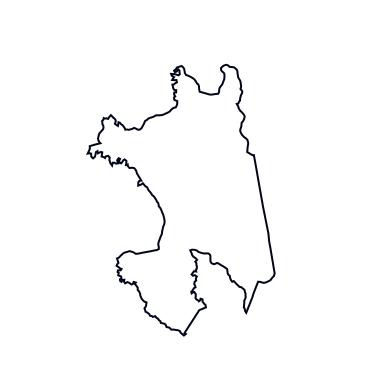 Toledo, Paraná, Brazil, rotated 32°
{"feature_id": "56859067B98926279804018", "entity_name": "Toledo", "entity_type": "district", "adm_level": 2, "iso_a3": "BRA", "parent_name": "Brazil", "parent_adm1": "Paraná", "projection": "robinson", "projection_center": [-53.821, -24.698], "detail": "fine", "context": "isolated", "style": "outline", "palette": "ink", "viewbox_px": 384, "rotation_deg": 32, "n_neighbors": 0, "source": "geoboundaries", "source_scale": "gbopen_adm2", "svg_char_len": 5724}
<svg xmlns="http://www.w3.org/2000/svg" viewBox="0 0 384 384"><g transform="rotate(32 192 192)"><path d="M224.9,127.9L223.8,128.7L217.7,128.9L216.6,126.8L215.5,124.7L214.9,123.2L213.7,120.6L211.3,118.4L209.1,117.9L207.1,117.8L204.0,117.0L202.2,116.0L200.6,114.8L199.9,113.5L199.0,110.1L198.2,108.5L197.4,106.9L197.8,105.0L197.6,102.6L196.7,100.1L195.4,99.1L194.1,98.6L191.9,97.9L190.2,97.7L188.9,97.1L187.3,96.3L185.8,94.9L183.3,93.6L184.4,92.3L184.0,90.7L184.3,89.0L183.4,87.6L182.8,85.7L182.2,84.1L182.2,82.3L181.6,80.4L180.5,79.6L178.5,78.9L177.8,76.5L176.9,75.4L176.0,74.3L174.6,72.7L173.2,71.7L171.9,71.2L170.3,70.2L169.2,68.8L168.0,67.7L167.0,66.1L165.5,64.7L163.4,64.2L161.8,64.0L159.7,64.8L157.5,66.0L155.8,65.5L153.8,65.9L152.6,67.1L151.5,69.0L150.9,71.6L152.5,73.5L154.1,73.9L155.6,74.0L157.1,74.9L158.3,76.8L159.6,79.3L160.1,82.2L160.6,84.4L160.4,86.9L160.2,88.9L160.8,90.8L162.1,93.1L162.1,94.9L159.7,96.7L157.1,99.0L155.6,99.9L150.1,101.5L145.3,102.9L143.0,100.3L141.9,98.6L140.1,97.4L138.7,97.3L136.8,96.2L134.8,95.4L133.3,95.1L131.7,95.0L127.6,95.3L125.0,95.9L122.9,94.9L121.7,93.4L119.9,91.6L118.4,91.0L116.5,90.6L115.1,92.2L113.2,94.5L113.3,96.4L112.5,98.6L114.0,99.4L115.2,97.9L115.4,95.3L116.9,95.6L118.0,97.2L119.3,98.6L118.7,100.2L117.5,100.5L115.2,101.1L111.7,102.9L113.2,104.1L114.5,104.1L115.9,104.0L115.8,105.7L115.8,107.5L117.8,106.5L119.5,105.3L121.1,107.0L120.2,108.6L119.6,110.4L118.5,111.3L119.8,112.6L121.3,114.1L123.1,114.9L124.6,114.0L125.8,115.9L124.3,117.0L124.9,118.6L127.1,119.8L126.6,121.3L128.1,123.2L131.4,122.8L132.2,124.1L133.1,125.9L133.4,128.7L131.7,130.6L130.7,133.3L130.6,135.1L129.8,136.9L128.9,138.2L127.4,140.6L125.8,142.7L123.6,144.3L120.6,146.3L119.9,147.9L118.6,149.7L117.4,151.0L116.1,152.8L115.6,154.6L114.6,156.7L115.1,159.8L115.4,164.4L114.7,166.7L113.3,167.8L110.7,168.0L108.9,168.3L108.0,170.1L106.6,171.5L105.6,172.7L104.0,173.3L102.4,174.5L101.1,173.5L99.0,172.6L97.7,172.1L96.3,172.2L94.1,171.5L92.7,171.8L93.4,173.3L94.2,175.2L92.0,175.2L90.5,175.0L90.0,172.9L89.3,171.6L87.6,170.8L86.2,170.8L84.3,170.2L82.5,169.8L82.1,172.0L82.1,174.5L80.5,174.8L79.4,175.8L78.0,176.1L78.5,177.9L78.1,179.3L80.2,182.0L81.5,182.7L82.8,184.2L83.3,185.8L82.9,188.5L82.4,191.4L83.0,193.8L83.9,196.3L85.3,197.9L86.7,198.7L88.5,199.2L84.9,202.9L81.0,207.3L82.4,209.3L82.8,211.4L83.2,214.7L84.8,213.3L86.1,212.9L87.9,215.4L90.3,215.9L91.0,213.5L90.3,211.3L89.4,209.0L90.2,207.4L91.8,209.0L93.5,206.3L94.9,205.9L96.5,209.8L98.8,209.1L100.2,209.3L100.1,207.4L101.8,205.8L104.0,206.4L104.9,208.6L106.6,210.0L107.7,210.9L110.2,211.9L109.3,209.2L110.7,208.2L112.6,208.2L114.2,206.8L112.9,205.8L111.7,204.7L111.9,202.2L113.5,202.1L113.6,204.1L114.9,205.3L116.7,205.3L117.0,203.5L116.9,201.6L117.6,200.1L119.9,200.4L120.9,202.2L121.7,204.1L122.9,202.7L123.8,204.0L126.2,204.8L128.8,202.9L130.4,202.4L131.8,202.8L133.4,203.6L135.6,205.5L139.0,207.2L143.0,209.2L141.6,210.4L141.2,211.9L143.0,215.1L145.0,212.5L145.7,210.6L149.2,211.8L151.4,211.8L154.2,213.5L156.5,214.2L158.7,215.1L160.0,215.8L161.9,215.9L166.1,217.8L167.6,218.9L169.0,219.2L170.2,220.2L171.4,221.7L173.4,222.3L175.3,223.4L177.5,225.1L179.6,226.5L182.5,229.2L184.4,231.5L185.5,233.9L185.9,236.5L187.7,241.6L188.7,243.7L189.2,247.2L189.7,249.4L190.2,252.0L191.0,254.1L193.1,256.4L194.1,258.0L193.0,259.8L191.5,261.1L188.6,263.9L186.1,266.2L182.5,269.4L179.8,272.1L177.2,274.2L174.1,274.2L170.4,275.2L168.6,277.3L166.9,279.2L166.1,280.8L165.2,284.1L164.8,286.3L163.6,288.1L167.2,291.1L166.9,292.9L167.2,294.6L169.5,294.6L171.5,294.9L173.0,294.6L173.0,296.2L170.7,297.8L171.3,299.3L172.7,299.4L173.6,301.8L176.7,301.2L178.4,303.2L177.2,304.2L178.2,305.5L179.8,305.6L179.9,303.2L181.1,302.3L181.9,304.1L183.7,304.9L184.9,302.7L186.8,302.3L189.7,302.5L190.6,301.4L190.2,299.2L192.3,298.6L192.1,300.1L195.0,301.2L196.7,301.9L198.0,304.0L199.5,304.2L200.8,305.0L201.9,305.7L202.9,307.1L204.1,308.0L206.1,309.3L208.8,310.1L210.1,310.1L211.9,309.7L212.8,311.6L213.5,313.6L213.3,315.8L214.7,316.9L216.1,318.2L218.1,317.9L220.6,318.3L222.1,319.2L223.6,318.5L225.0,318.7L226.6,316.8L228.6,317.5L230.2,317.5L232.0,318.2L233.8,318.4L234.9,319.5L236.3,319.1L238.5,318.3L240.4,318.7L241.9,320.0L244.4,319.1L245.7,319.2L247.4,319.7L249.1,318.5L253.7,316.6L255.2,316.3L256.6,317.2L258.6,317.7L261.2,318.0L262.0,315.7L260.4,315.7L260.5,307.8L260.8,288.3L265.0,282.5L263.4,280.7L261.2,280.2L259.1,279.4L257.8,277.5L255.8,278.0L256.3,279.6L255.8,281.1L254.1,280.6L252.6,280.8L251.0,279.9L250.5,278.5L249.3,276.6L247.0,275.6L245.9,276.7L245.4,278.1L244.3,277.0L244.7,275.5L244.6,272.4L245.5,271.0L244.5,270.0L242.6,268.8L241.8,266.6L242.5,264.9L241.1,263.3L240.9,261.1L238.4,261.0L237.3,262.5L235.4,262.2L235.5,260.5L235.6,258.3L237.7,257.2L236.5,256.2L236.7,254.5L235.6,252.5L234.4,251.6L233.3,249.9L231.7,249.3L232.3,246.9L230.4,246.2L227.8,246.2L225.8,245.6L224.5,244.4L223.1,243.5L221.4,242.4L222.5,241.0L224.7,239.7L226.8,239.1L229.1,239.4L230.9,239.0L233.2,238.4L235.1,237.6L236.8,236.4L238.5,235.4L240.7,235.7L241.8,236.9L242.9,238.8L244.5,241.1L246.4,242.1L249.1,241.5L250.9,238.8L253.3,238.6L255.8,238.6L258.6,238.5L261.3,238.6L262.6,238.7L263.8,240.1L265.1,241.8L266.8,242.9L268.5,243.1L269.9,244.7L271.7,246.0L273.7,246.8L274.7,245.4L276.8,246.0L278.7,246.5L280.5,246.9L282.6,247.3L284.1,246.6L286.2,246.9L288.2,247.1L289.7,248.5L291.5,250.1L292.5,251.9L293.5,253.1L294.0,256.6L295.4,258.9L297.1,262.4L298.4,262.9L300.4,265.0L302.0,265.7L300.6,258.0L299.0,249.3L297.9,245.2L295.6,233.1L297.4,232.1L298.6,231.8L300.7,231.2L302.5,229.7L304.4,226.8L305.3,225.1L305.5,222.0L306.0,220.0L305.3,217.3L288.0,197.8L283.6,193.0L278.8,186.7L260.0,166.8L240.8,145.5L235.1,139.1L224.9,127.9Z" fill="none" stroke="#020617" stroke-width="2"/></g></svg>